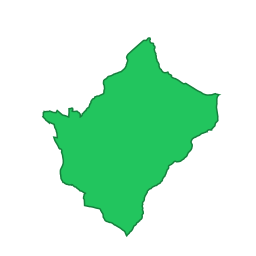 Berbesti, Vâlcea, Romania, rotated 43°
{"feature_id": "2599482B91990864320571", "entity_name": "Berbesti", "entity_type": "district", "adm_level": 2, "iso_a3": "ROU", "parent_name": "Romania", "parent_adm1": "Vâlcea", "projection": "orthographic", "projection_center": [23.88, 44.99], "detail": "fine", "context": "isolated", "style": "filled", "palette": "green", "viewbox_px": 256, "rotation_deg": 43, "n_neighbors": 0, "source": "geoboundaries", "source_scale": "gbopen_adm2", "svg_char_len": 5776}
<svg xmlns="http://www.w3.org/2000/svg" viewBox="0 0 256 256"><g transform="rotate(43 128 128)"><path d="M200.6,207.7L200.4,206.6L200.6,204.1L200.3,202.8L200.6,201.6L200.6,200.4L200.4,199.1L199.3,196.0L199.2,195.5L199.5,194.6L199.7,193.5L199.6,192.8L199.5,192.2L199.2,191.7L199.1,191.1L199.4,190.4L199.6,189.8L199.6,189.5L199.4,189.0L199.7,188.3L199.8,188.1L199.5,187.2L199.8,185.9L199.8,184.8L199.0,183.3L197.7,182.1L197.5,181.6L197.4,180.1L197.3,179.9L195.9,178.7L194.3,178.0L193.8,176.9L193.3,176.4L192.3,175.9L191.5,175.3L191.1,174.5L191.0,173.9L190.3,173.5L189.4,172.4L189.3,170.5L189.1,170.0L188.7,169.2L187.5,167.8L187.2,166.7L186.7,165.8L186.7,165.3L185.9,161.9L185.4,161.4L185.2,160.7L185.3,158.2L185.4,157.7L186.1,156.8L186.1,156.4L186.1,154.9L186.3,154.1L186.8,153.0L187.0,152.1L187.4,151.4L187.9,150.8L188.1,150.2L188.2,148.7L188.9,146.9L189.1,146.1L188.9,145.4L188.7,144.5L189.0,143.5L188.9,143.2L188.7,142.7L188.2,142.0L187.9,141.2L187.8,140.0L187.6,139.1L187.8,138.4L187.7,137.9L187.3,137.1L186.9,135.6L186.7,135.2L186.4,134.8L185.9,133.4L185.2,132.0L185.2,130.2L185.1,129.8L184.8,129.3L183.7,128.3L183.6,127.8L183.6,127.4L184.5,125.0L184.8,122.6L184.7,121.9L184.8,120.9L185.0,120.4L185.4,120.0L186.6,119.6L187.6,118.5L188.6,117.2L189.0,116.4L189.3,115.1L189.4,114.1L189.9,112.6L189.7,111.3L190.1,109.2L190.1,108.4L189.9,107.8L189.5,106.9L189.0,105.3L188.9,104.4L189.0,103.1L189.0,101.5L188.6,99.7L187.8,98.4L187.7,98.1L186.7,96.8L186.4,96.5L184.6,95.8L183.9,95.5L183.4,95.0L182.7,93.1L182.5,91.9L183.0,89.6L183.5,89.0L184.0,87.4L184.2,86.4L184.8,85.5L185.1,84.8L185.4,83.2L185.5,82.1L185.7,81.6L186.6,80.2L186.8,79.6L187.4,78.6L187.8,77.6L188.2,76.9L188.3,76.8L188.0,76.7L188.0,75.2L188.2,74.3L188.5,73.9L189.5,73.4L189.7,73.1L190.1,72.7L190.5,72.4L190.3,72.1L189.9,72.3L189.8,72.1L190.1,70.7L189.9,69.6L190.1,67.4L190.0,67.0L189.2,66.0L189.0,65.3L188.6,64.7L188.6,63.6L188.7,63.1L188.6,62.5L188.7,61.7L188.6,61.3L186.8,59.5L185.9,58.4L178.6,52.6L177.2,50.8L176.5,49.6L175.9,49.2L175.2,48.3L174.5,47.7L174.1,47.1L173.4,46.5L172.4,45.0L172.1,44.3L171.8,43.1L171.9,42.7L171.6,42.1L171.8,41.7L170.3,42.5L169.5,43.1L168.6,43.2L167.8,44.4L166.7,46.5L166.4,46.9L166.0,47.4L165.4,47.8L165.1,48.3L163.7,49.7L162.4,50.6L159.7,51.8L157.8,52.1L156.9,52.2L154.5,53.0L152.6,53.5L139.8,56.0L138.9,57.4L138.2,57.9L135.4,58.4L132.5,58.7L128.9,59.6L127.8,60.3L125.9,60.9L124.5,60.8L124.1,60.0L123.9,59.9L123.0,60.0L121.2,60.7L119.8,60.3L119.2,59.9L118.9,60.1L118.7,60.8L118.1,61.4L117.4,62.4L116.1,63.1L115.1,63.3L114.3,63.1L113.6,63.2L112.4,62.6L111.3,62.8L110.3,62.6L108.3,61.5L107.7,60.7L107.1,60.2L104.9,59.4L104.3,59.5L103.5,59.2L103.0,58.6L100.8,57.5L99.5,56.1L99.1,55.9L98.0,55.3L97.5,54.5L96.4,54.3L94.9,53.6L94.3,53.0L93.5,52.6L93.1,51.9L93.1,51.1L92.0,50.1L91.7,50.0L90.5,50.2L90.2,50.0L89.2,49.0L88.8,48.9L88.3,49.1L87.6,49.8L87.1,50.0L86.1,50.2L84.7,49.6L84.1,49.2L83.9,48.9L84.0,48.2L83.5,47.7L82.6,47.3L81.9,47.9L81.6,48.5L81.5,48.8L81.8,51.4L81.7,51.5L81.3,51.6L81.1,52.1L80.0,52.9L79.7,53.5L78.3,67.5L77.8,74.2L78.2,76.0L78.7,77.2L80.3,78.2L80.9,78.2L81.4,78.5L82.3,79.6L82.9,81.2L83.4,81.9L83.5,82.7L84.3,83.7L84.5,84.1L84.7,85.3L85.0,86.5L85.0,86.9L84.6,91.4L83.8,92.7L83.2,93.9L82.7,95.3L82.0,96.2L81.6,97.3L81.0,98.1L80.8,99.1L80.1,101.2L78.5,103.7L78.4,104.4L78.5,105.7L78.3,107.5L77.9,108.4L77.9,109.7L78.1,110.2L79.5,112.0L80.6,112.8L81.5,113.0L84.0,115.2L84.3,115.6L84.7,116.6L85.3,117.5L86.2,118.4L86.5,119.2L86.6,119.6L86.5,120.2L86.0,121.5L85.3,123.0L85.1,124.0L84.4,125.1L83.6,125.7L83.3,126.7L82.6,127.8L82.8,128.1L83.1,129.4L83.0,129.9L82.5,130.5L82.4,131.1L82.5,132.1L82.7,132.8L82.7,133.5L83.0,134.1L83.6,134.7L83.7,135.5L83.9,136.0L83.8,136.6L84.2,137.2L84.7,138.3L85.0,138.7L85.1,138.9L85.2,139.7L84.8,141.2L84.8,142.5L84.9,143.0L85.4,143.8L85.1,144.4L85.1,145.3L85.0,146.0L85.2,146.9L85.1,147.8L85.1,148.2L84.9,148.8L85.8,150.3L85.8,151.2L85.6,152.1L85.5,152.4L84.3,151.1L83.6,150.5L81.8,150.2L80.6,150.5L79.4,150.4L79.1,150.6L77.8,152.2L76.5,153.4L75.8,153.8L75.5,153.6L75.4,152.8L75.3,152.4L74.1,151.4L73.7,151.5L73.1,152.1L73.1,152.4L73.0,152.6L71.7,154.1L74.3,156.8L76.8,160.0L77.1,160.4L73.3,162.0L71.3,163.2L64.3,163.5L64.9,165.9L62.7,167.6L59.1,169.0L58.9,169.8L57.1,171.6L56.1,172.8L55.4,173.1L55.8,173.7L55.6,174.5L58.0,177.1L58.0,177.8L61.9,178.0L62.2,178.2L62.9,178.3L64.7,178.0L64.9,178.0L65.0,178.1L66.8,178.0L66.3,177.5L71.6,175.7L72.4,176.5L73.3,176.9L74.0,177.5L76.8,178.5L78.0,179.4L79.2,180.0L80.2,180.8L82.9,183.3L80.0,185.3L82.7,186.8L83.9,187.3L88.5,188.6L89.8,189.1L91.0,189.7L92.2,189.9L92.5,189.4L93.1,189.2L94.1,189.3L94.7,189.4L95.4,190.0L95.7,190.9L98.7,192.5L99.2,193.0L102.7,195.7L104.6,197.8L105.2,198.9L105.8,200.3L107.1,204.5L107.8,205.5L110.0,207.8L110.8,208.2L111.5,208.9L112.6,209.8L113.6,210.7L114.1,210.8L114.9,211.2L115.8,211.3L117.6,212.1L118.2,211.7L118.7,211.4L119.0,211.4L119.6,211.6L120.2,211.3L120.8,211.3L121.6,211.0L122.2,210.4L123.0,210.2L123.9,209.6L124.7,208.8L125.1,208.1L125.6,208.3L126.1,207.4L127.5,207.5L128.4,207.4L129.0,207.4L129.9,206.8L130.3,206.7L131.9,206.8L133.1,206.6L134.5,206.5L135.5,206.7L136.0,206.5L136.7,206.0L137.4,205.7L138.1,205.5L139.5,205.5L140.1,205.1L141.3,204.8L141.3,206.0L141.4,206.7L142.0,207.5L142.4,208.4L143.1,209.4L143.6,209.9L144.6,210.0L144.9,210.2L147.1,212.3L149.1,214.3L151.3,213.0L153.7,211.6L154.2,211.1L156.4,209.7L159.2,208.3L162.3,206.4L162.8,206.3L163.7,206.5L164.5,207.0L165.4,207.1L166.3,207.5L167.9,207.8L169.1,208.5L170.7,210.1L172.5,210.5L173.6,211.0L174.4,211.2L175.9,211.0L176.7,210.5L178.8,209.7L180.0,208.8L180.3,208.6L181.9,208.2L184.3,208.1L184.9,207.6L185.9,207.5L190.8,206.4L193.9,206.2L195.1,205.9L196.5,206.0L197.3,206.3L198.4,206.9L199.1,207.1L199.7,207.5L200.6,207.7Z" fill="#22c55e" stroke="#15803d" stroke-width="1.5"/></g></svg>